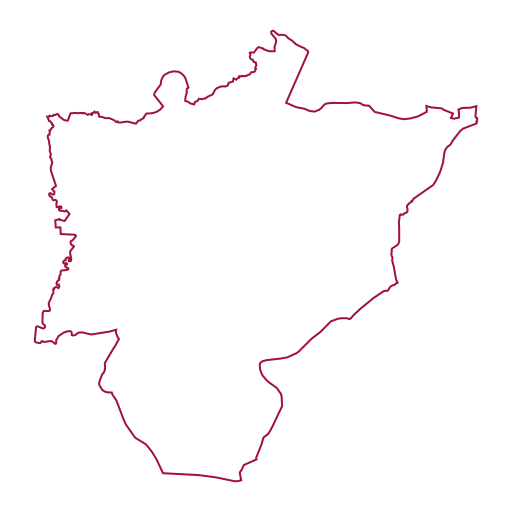 the district of Chum Saeng, Nakhon Sawan, Thailand
{"feature_id": "78962969B30138061095359", "entity_name": "Chum Saeng", "entity_type": "district", "adm_level": 2, "iso_a3": "THA", "parent_name": "Thailand", "parent_adm1": "Nakhon Sawan", "projection": "orthographic", "projection_center": [100.257, 15.84], "detail": "fine", "context": "isolated", "style": "outline", "palette": "rose", "viewbox_px": 512, "rotation_deg": 0, "n_neighbors": 0, "source": "geoboundaries", "source_scale": "gbopen_adm2", "svg_char_len": 5823}
<svg xmlns="http://www.w3.org/2000/svg" viewBox="0 0 512 512"><path d="M249.8,52.7L250.5,54.7L249.7,56.7L250.0,57.8L251.4,59.4L253.0,59.9L253.6,61.9L255.9,62.5L255.8,63.2L256.4,65.2L255.3,67.4L255.2,68.5L256.0,68.9L255.2,70.2L254.8,71.5L253.4,72.1L251.3,72.2L249.7,74.5L247.9,74.9L246.0,76.1L245.0,75.8L244.2,76.3L241.9,75.9L241.6,76.4L241.0,76.1L239.8,76.6L239.2,76.2L238.8,76.9L238.9,77.8L237.9,78.0L236.1,79.7L233.6,78.4L232.8,81.6L228.8,82.8L228.4,83.2L228.1,84.9L227.4,85.7L225.2,86.5L221.5,86.3L216.9,88.1L214.9,90.1L212.7,94.4L207.5,96.8L205.1,98.6L204.0,98.5L202.1,99.2L198.8,98.8L197.7,100.8L194.9,102.0L194.2,104.4L190.2,103.4L187.9,101.7L185.2,100.8L185.5,97.1L186.8,92.6L186.7,89.2L187.1,88.5L188.5,87.7L185.6,78.8L184.8,77.1L182.8,74.6L180.6,72.9L178.5,71.8L173.9,71.3L169.1,72.4L164.7,74.7L163.5,75.9L161.7,79.1L161.0,81.4L160.7,84.5L154.7,92.6L154.2,95.1L163.1,106.3L160.1,109.7L156.5,111.9L153.8,112.8L150.7,113.4L146.6,113.5L145.7,114.3L145.0,115.9L143.9,116.8L143.6,118.2L141.4,119.2L140.5,120.2L138.2,120.8L135.9,123.7L128.1,121.7L125.8,121.7L120.0,122.6L117.9,122.3L117.6,121.4L116.0,122.0L114.3,120.3L109.3,118.1L105.1,118.1L101.9,116.8L99.5,116.9L99.1,116.4L98.7,113.7L98.1,113.5L97.9,112.2L97.2,112.0L95.7,112.8L94.6,111.6L94.2,111.7L93.5,112.9L92.0,113.1L92.1,114.6L91.8,115.0L90.5,114.2L88.7,114.2L87.7,114.8L85.4,113.5L83.6,112.9L82.8,113.4L82.2,112.9L77.2,113.2L76.1,112.9L70.5,113.3L67.9,120.5L66.6,120.7L63.8,119.9L59.2,116.4L58.8,115.0L57.4,113.9L56.3,114.3L55.6,115.0L53.6,114.8L53.2,115.8L52.7,116.0L51.1,116.2L49.6,115.6L49.0,116.6L47.2,116.6L48.9,120.2L48.9,120.9L50.3,121.3L50.9,122.3L52.0,123.2L52.0,124.6L53.0,124.9L53.5,126.1L53.2,127.0L51.1,128.6L50.8,129.8L49.4,130.4L49.9,131.8L49.5,132.9L49.6,134.6L48.0,135.3L47.7,137.3L49.2,141.3L49.1,142.8L50.0,147.0L49.7,150.7L50.9,154.4L50.0,157.2L51.4,158.8L51.5,160.4L52.3,162.3L50.7,167.8L51.0,171.1L56.0,185.9L52.1,189.1L53.2,190.6L54.4,191.4L54.3,194.0L52.5,194.6L50.7,193.3L50.0,193.1L49.3,193.6L49.2,195.1L49.8,196.1L51.8,197.4L52.8,199.9L53.8,200.2L55.3,199.9L56.5,200.5L56.9,201.8L56.3,204.0L56.7,207.0L57.9,207.1L60.3,206.3L61.3,206.8L61.3,208.0L58.9,208.9L59.2,210.3L60.1,210.7L62.4,210.9L64.6,211.5L66.4,210.4L69.5,213.9L64.7,221.0L60.0,219.9L59.6,219.0L55.2,220.4L55.8,227.4L60.4,227.4L60.7,234.0L75.2,234.8L76.0,236.1L72.6,240.3L71.1,241.0L70.5,241.8L70.9,244.2L71.9,245.2L73.6,245.8L73.9,246.6L70.3,251.1L70.1,253.3L71.3,258.9L71.0,260.7L69.9,261.4L69.0,261.1L68.6,259.9L69.3,259.0L69.4,258.2L69.0,257.6L68.0,257.4L66.6,257.8L65.4,259.3L65.6,260.3L63.7,261.0L63.2,261.7L63.4,263.0L64.1,263.5L66.4,263.2L67.0,263.5L66.9,264.6L65.3,265.1L65.1,266.2L66.0,267.3L68.2,268.2L68.4,269.0L67.7,269.7L64.3,270.3L61.9,270.3L60.7,271.3L60.5,274.5L59.2,276.6L59.4,278.6L58.8,279.0L59.1,279.7L58.7,280.3L57.0,281.6L56.5,283.9L57.2,284.8L58.9,284.6L59.4,286.6L58.5,288.1L56.1,286.8L53.7,288.4L54.0,289.0L53.4,289.1L53.3,289.8L53.4,293.1L52.2,294.8L51.2,297.9L48.8,302.8L48.8,305.3L49.9,308.6L50.0,310.1L49.0,311.1L44.0,310.9L43.3,311.6L42.7,312.9L42.4,322.2L43.1,324.0L45.0,325.6L45.1,326.9L44.1,328.2L42.9,328.5L37.6,326.3L36.7,326.5L36.1,327.1L34.9,338.7L34.9,341.3L36.1,342.4L39.8,343.2L40.5,342.9L41.8,341.1L44.2,342.0L50.7,341.0L52.6,341.7L54.9,343.7L55.7,343.8L56.2,343.0L56.2,339.9L57.5,338.2L58.4,336.2L63.9,332.5L67.3,331.4L69.7,331.1L71.1,331.6L71.7,332.5L71.8,335.1L73.6,335.5L75.2,335.0L78.0,332.9L79.9,332.4L82.8,332.5L91.1,334.5L110.0,331.5L116.2,329.7L115.9,332.3L116.3,333.8L117.7,337.2L118.9,339.0L115.0,346.3L113.5,348.3L104.8,363.1L105.1,367.6L104.8,370.0L104.0,372.1L101.9,374.9L99.3,382.0L99.1,383.7L99.4,385.2L102.2,389.8L103.6,390.8L105.3,391.8L107.9,392.4L111.8,392.5L112.4,394.5L116.4,400.4L123.2,418.5L125.8,424.4L135.2,437.7L146.0,444.4L151.8,451.7L156.1,458.5L163.0,473.2L197.0,475.0L203.0,475.6L216.6,477.5L234.9,481.3L237.7,481.1L241.2,480.3L239.7,472.5L241.5,470.1L243.9,465.0L256.5,459.4L256.1,458.0L261.5,444.4L263.5,437.5L267.9,434.2L269.8,431.5L272.8,425.8L282.1,406.1L281.7,397.0L280.9,393.8L277.2,388.6L275.4,386.9L269.8,383.0L266.8,380.4L262.7,375.7L261.4,373.1L260.1,369.1L259.7,364.8L260.2,363.0L262.2,361.3L266.8,360.1L280.5,358.6L287.1,357.4L296.6,353.1L298.7,351.6L311.5,338.8L320.7,331.7L331.0,321.3L338.1,318.7L342.3,318.2L346.6,318.2L348.9,318.9L350.4,318.8L353.7,315.0L360.8,308.4L373.8,297.8L384.0,291.0L387.7,290.7L390.5,286.6L392.6,285.3L394.2,285.0L396.5,283.1L397.6,282.9L397.6,282.4L396.4,280.5L395.7,277.5L393.8,266.7L392.2,260.7L392.5,257.5L391.6,255.9L391.4,254.1L391.8,250.6L391.6,249.7L392.1,248.5L397.4,245.0L398.1,244.3L399.2,241.6L399.2,227.9L398.9,222.5L399.8,215.0L400.4,215.0L400.7,214.4L402.8,214.8L404.6,213.2L406.3,212.7L407.2,211.9L407.6,209.4L407.0,206.9L407.1,205.7L409.4,203.0L411.3,202.1L411.5,201.1L412.2,201.2L413.3,198.9L433.3,184.9L435.9,180.7L439.6,173.1L440.9,169.6L443.0,162.8L444.2,153.8L445.1,150.2L446.9,147.4L450.5,144.5L452.9,140.4L460.4,130.8L463.1,128.6L476.5,123.5L476.4,121.9L476.9,122.0L477.1,121.4L477.1,118.0L476.1,117.7L475.4,116.3L476.4,106.2L470.5,107.7L462.2,107.9L458.4,109.6L459.0,112.5L458.9,117.6L453.9,118.7L450.9,118.0L453.0,113.5L443.8,109.9L441.8,108.4L431.2,107.4L426.3,106.0L426.8,110.1L426.6,111.9L418.2,116.3L410.6,118.4L403.8,119.2L398.6,118.3L390.3,115.6L374.7,111.9L369.1,105.7L364.1,105.3L362.3,104.6L360.4,103.2L355.4,102.4L346.4,103.1L332.4,102.9L327.1,103.4L324.4,104.5L321.6,107.8L319.2,109.8L314.5,111.6L309.7,111.0L304.3,108.7L296.3,107.2L286.1,102.8L308.3,52.2L308.1,51.3L304.0,48.0L299.7,46.2L295.7,44.1L292.2,40.7L288.4,38.3L285.8,35.6L282.8,34.8L278.9,35.0L276.2,33.3L274.1,31.2L272.6,30.7L271.2,31.7L271.3,33.5L275.6,38.7L276.2,40.3L276.0,42.4L274.5,46.6L274.7,51.2L270.6,51.3L268.5,51.0L263.4,49.2L263.4,48.6L258.8,47.1L257.2,48.1L253.9,52.6L250.3,52.4L249.8,52.7Z" fill="none" stroke="#9f1239" stroke-width="2"/></svg>